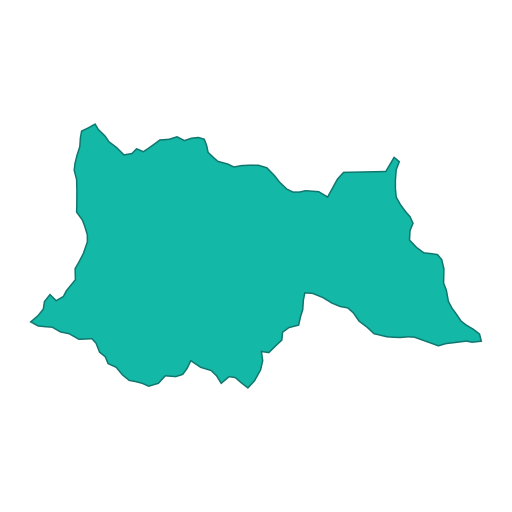 the district of Pratânia, São Paulo, Brazil
{"feature_id": "56859067B76551238300478", "entity_name": "Pratânia", "entity_type": "district", "adm_level": 2, "iso_a3": "BRA", "parent_name": "Brazil", "parent_adm1": "São Paulo", "projection": "natural_earth1", "projection_center": [-48.692, -22.816], "detail": "fine", "context": "isolated", "style": "filled", "palette": "teal", "viewbox_px": 512, "rotation_deg": 0, "n_neighbors": 0, "source": "geoboundaries", "source_scale": "gbopen_adm2", "svg_char_len": 2037}
<svg xmlns="http://www.w3.org/2000/svg" viewBox="0 0 512 512"><path d="M481.3,341.2L479.5,334.0L473.2,329.2L465.8,324.8L461.0,321.0L456.2,313.9L452.0,308.2L448.4,301.4L446.3,290.0L443.6,283.2L443.9,268.7L441.7,259.6L437.5,254.6L430.2,253.5L423.9,252.9L416.6,247.5L409.5,240.0L410.0,230.7L413.0,223.3L410.0,216.7L405.8,211.9L400.4,204.6L396.2,197.1L395.4,188.6L395.4,180.4L396.2,169.7L399.3,161.7L394.1,157.4L385.8,171.5L343.6,172.4L337.6,178.9L334.2,185.0L327.6,197.1L318.7,191.7L305.5,190.7L299.4,192.1L293.1,192.1L286.9,189.2L279.5,182.1L274.7,175.9L266.9,167.8L258.5,165.3L249.7,165.2L241.6,165.6L233.9,167.0L227.6,164.0L217.7,161.3L212.9,157.0L208.1,152.4L206.6,145.3L204.2,139.2L198.4,137.5L191.6,138.2L184.4,140.6L177.0,136.8L169.1,139.3L159.8,140.0L154.2,144.2L148.2,148.5L143.3,151.7L136.6,148.8L132.0,153.5L124.0,154.9L116.5,147.5L108.9,141.7L105.0,136.0L98.4,129.6L95.1,124.1L87.7,128.2L81.6,131.1L80.4,138.0L79.8,146.7L77.1,154.9L75.0,163.5L74.2,170.2L76.6,179.5L76.9,190.4L76.8,204.9L76.6,212.1L82.3,219.9L84.7,226.1L87.3,234.7L87.4,241.8L83.2,253.9L78.9,262.1L75.1,268.7L75.4,279.7L70.5,285.7L66.4,290.7L63.4,296.5L56.2,300.7L50.0,294.6L44.5,301.5L43.3,309.1L38.0,315.7L30.7,321.9L38.3,326.0L45.4,326.7L52.3,327.2L60.4,331.9L69.1,333.7L79.0,339.3L91.9,338.7L96.1,343.3L99.6,352.2L105.3,356.8L108.1,363.6L116.2,367.3L122.4,374.8L129.2,380.4L135.3,381.5L142.2,383.3L148.7,386.2L158.4,383.3L165.3,375.8L175.8,376.6L182.7,374.4L187.1,368.4L190.8,360.7L200.6,367.3L211.1,370.5L216.6,375.8L221.2,383.3L229.2,376.6L235.3,377.6L241.4,382.9L247.9,387.9L254.5,380.8L260.6,369.8L262.7,360.7L261.4,351.5L268.8,352.6L276.1,345.4L281.8,340.1L282.6,332.2L288.9,327.6L298.6,325.1L300.6,316.4L302.7,309.8L303.4,300.0L304.8,292.9L312.4,293.3L322.8,297.5L332.1,303.2L340.2,306.5L347.8,307.9L353.5,313.0L359.1,321.2L367.1,327.2L374.0,333.7L387.0,336.8L392.7,337.2L400.2,337.5L408.2,336.8L414.5,337.2L425.4,341.1L438.4,345.8L445.9,343.6L455.0,342.5L466.3,341.1L472.1,342.2L481.3,341.2Z" fill="#14b8a6" stroke="#0f766e" stroke-width="1.5"/></svg>